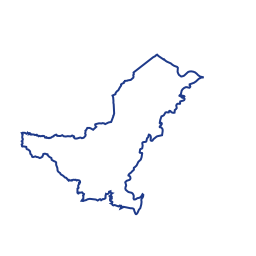 outline of San Martín De Loba, Bolívar, Colombia, rotated 47°
{"feature_id": "7082276B59511587690039", "entity_name": "San Martín De Loba", "entity_type": "district", "adm_level": 2, "iso_a3": "COL", "parent_name": "Colombia", "parent_adm1": "Bolívar", "projection": "orthographic", "projection_center": [-73.999, 8.811], "detail": "fine", "context": "isolated", "style": "outline", "palette": "blue", "viewbox_px": 256, "rotation_deg": 47, "n_neighbors": 0, "source": "geoboundaries", "source_scale": "gbopen_adm2", "svg_char_len": 5895}
<svg xmlns="http://www.w3.org/2000/svg" viewBox="0 0 256 256"><g transform="rotate(47 128 128)"><path d="M60.1,209.5L61.1,209.6L61.7,210.7L63.0,212.0L63.4,212.2L63.9,212.2L64.6,212.7L64.8,213.3L65.2,213.7L65.2,214.6L65.9,214.5L66.2,215.0L67.2,215.4L67.6,216.2L67.5,217.0L67.8,217.2L68.5,217.4L69.0,217.9L69.5,217.9L70.0,217.1L72.4,215.3L74.1,216.4L74.8,216.3L75.9,215.6L77.6,215.5L78.3,215.6L80.3,217.0L81.8,216.9L83.8,217.7L84.5,217.3L85.6,215.1L86.9,214.6L87.8,213.8L89.8,213.0L90.3,211.8L90.6,210.1L90.2,209.6L89.7,208.1L89.3,207.8L89.4,207.4L90.1,206.3L91.1,205.6L91.8,205.5L92.3,204.8L93.6,205.3L95.6,205.2L97.6,204.5L99.3,205.5L101.3,204.9L103.2,204.1L104.1,204.0L106.0,205.7L109.0,206.9L111.2,208.6L112.6,208.8L114.7,208.4L116.0,208.8L118.7,208.0L121.4,207.8L122.4,207.1L123.5,207.3L124.0,207.1L124.8,207.4L125.2,207.2L125.6,206.7L126.1,207.1L126.3,206.6L127.0,206.1L127.5,205.0L128.2,204.9L128.3,203.7L128.9,202.9L129.7,202.3L130.2,201.5L131.3,201.4L131.8,200.3L133.2,199.4L134.3,199.5L135.0,200.1L134.7,201.3L134.9,201.5L135.4,201.1L135.6,201.3L136.0,203.5L136.5,204.1L138.0,204.9L138.1,205.3L137.8,205.7L137.8,206.2L140.8,209.1L141.6,209.2L142.1,209.0L142.2,208.6L141.8,207.8L143.1,206.6L143.4,205.9L143.9,205.4L144.9,205.6L146.3,205.2L146.7,205.8L146.7,206.9L147.2,207.2L147.6,207.3L149.2,208.9L149.2,210.0L149.6,211.6L150.8,210.6L151.0,209.9L152.2,207.7L152.5,206.3L153.7,204.3L158.4,200.3L160.4,199.6L160.7,197.7L161.0,197.0L161.3,196.8L162.5,196.9L162.8,194.9L163.4,194.4L163.9,193.2L163.9,192.2L163.4,191.7L163.1,191.6L162.8,191.1L162.3,190.8L161.2,189.0L161.8,188.8L162.6,187.3L162.4,186.0L161.7,185.3L162.3,183.9L163.3,184.7L164.1,184.6L165.0,184.0L164.8,185.2L165.5,186.2L165.2,188.0L165.6,188.1L166.2,186.6L167.2,186.7L167.6,187.2L168.6,188.0L168.6,188.3L167.6,188.4L167.4,188.8L167.6,189.5L168.4,190.3L169.4,190.6L170.1,190.1L171.4,189.9L171.8,190.3L171.9,190.8L171.6,191.9L172.7,191.5L173.9,191.8L174.7,191.4L175.0,190.6L175.4,190.2L178.8,188.5L178.8,188.1L179.2,187.8L179.3,187.4L179.1,187.0L180.0,186.2L180.2,186.4L180.5,186.1L180.9,186.1L180.9,186.5L181.3,186.3L181.5,186.5L181.4,187.6L181.8,188.4L182.2,187.2L181.9,186.9L182.3,186.3L182.7,185.5L182.4,185.4L182.6,185.0L188.4,180.9L189.7,179.6L190.4,179.2L191.5,179.1L192.9,179.9L195.5,180.9L196.3,181.0L196.7,180.6L196.7,179.6L196.3,178.3L195.2,175.8L195.0,173.7L193.0,170.5L191.3,168.5L189.9,167.5L189.3,166.8L188.9,166.0L188.9,165.0L188.4,163.7L187.3,162.4L186.3,162.5L187.0,164.7L187.0,166.6L186.6,167.6L185.7,169.0L185.5,170.5L185.0,171.7L184.4,172.3L183.4,172.1L181.9,170.4L181.1,169.8L179.2,169.3L177.9,169.5L175.2,171.3L174.3,171.5L171.6,171.8L170.4,171.2L169.4,169.9L169.1,169.0L168.6,168.4L165.8,167.0L165.7,165.0L166.9,162.4L167.0,161.5L166.4,160.4L165.2,159.7L164.4,159.6L163.1,160.1L162.8,159.9L162.4,158.2L162.7,156.2L162.5,154.5L162.6,152.6L162.4,152.0L161.4,151.2L161.1,150.8L161.3,149.6L161.3,147.3L159.8,143.5L159.8,140.2L158.7,138.1L156.2,134.9L155.8,134.8L154.4,136.1L153.8,136.1L151.9,133.7L151.9,133.2L152.5,132.1L152.5,131.4L150.9,129.3L149.2,128.2L148.6,127.5L148.7,126.5L150.0,124.8L150.3,124.1L150.2,123.6L148.5,121.1L148.5,119.3L147.4,118.1L147.1,117.2L147.8,116.8L149.2,116.9L150.4,117.6L152.2,119.7L153.0,119.8L153.7,119.3L153.9,118.6L153.5,117.1L153.8,112.9L154.2,111.9L156.5,108.0L154.1,105.0L153.1,104.0L152.3,103.5L150.8,103.3L150.0,103.5L149.1,104.2L148.8,104.1L148.5,103.6L148.5,101.8L148.1,100.5L147.5,100.1L146.9,100.1L146.4,100.6L146.4,101.4L146.0,101.4L144.1,98.9L142.3,95.6L142.9,94.1L143.1,93.1L142.2,90.0L142.8,89.0L144.0,88.1L144.4,87.5L143.7,86.3L143.8,85.9L144.5,85.4L145.9,85.5L147.0,85.1L148.1,84.2L148.5,83.5L146.8,81.5L146.9,79.8L146.6,78.7L144.5,77.4L144.0,76.4L144.0,75.8L144.2,75.0L145.7,73.6L145.6,73.2L144.6,72.3L144.2,71.6L145.7,68.8L145.9,67.9L145.7,67.3L145.2,66.7L144.4,66.5L143.1,67.5L142.3,67.8L141.5,67.8L141.2,67.4L141.2,67.0L141.6,66.4L143.0,65.6L143.1,65.2L142.8,65.2L140.5,66.8L139.9,68.3L139.5,68.4L139.3,67.9L139.4,66.4L137.3,63.3L136.9,61.7L137.0,59.6L137.6,57.8L138.3,57.1L140.4,55.7L140.5,55.2L140.3,54.3L139.3,53.7L138.6,53.7L138.1,53.1L139.9,49.0L140.3,46.6L140.3,42.7L141.0,40.2L142.6,38.1L139.5,40.2L137.1,40.7L135.3,40.7L133.1,41.0L131.4,41.8L129.6,43.2L128.5,44.7L128.0,46.1L128.0,51.2L127.5,52.6L126.6,54.0L123.9,54.5L122.3,54.1L120.7,53.4L118.0,50.5L116.8,50.4L114.1,51.8L112.0,52.4L110.0,52.6L106.0,54.3L104.4,54.7L102.3,54.8L102.3,55.2L96.2,56.6L94.2,56.7L93.9,58.2L94.0,58.3L94.0,59.2L93.4,61.3L91.2,85.8L91.2,86.1L92.6,87.0L92.9,88.1L94.2,88.9L94.8,89.8L94.7,93.2L93.1,95.6L92.9,96.3L91.4,98.2L91.8,98.8L91.6,99.7L92.2,100.3L91.6,102.0L91.4,103.4L92.3,104.1L92.8,106.4L93.8,109.4L93.6,110.9L93.8,112.5L94.2,113.6L94.7,114.2L93.7,117.2L95.4,117.9L98.3,120.2L99.6,121.5L100.9,122.3L107.9,128.2L109.0,130.0L109.1,130.6L109.6,131.0L110.0,131.9L112.1,136.2L110.7,138.4L109.6,142.0L108.2,142.4L107.0,143.4L106.6,144.3L104.8,146.0L103.3,148.7L103.0,149.4L103.3,149.9L105.0,150.6L105.5,150.5L105.5,154.7L102.9,155.5L101.8,156.0L100.2,157.7L100.9,159.7L100.9,161.0L101.8,161.6L102.9,163.2L104.0,163.5L104.7,164.5L104.9,167.1L104.0,168.7L102.7,169.2L102.2,169.8L101.1,172.1L100.4,173.1L99.6,173.9L97.9,174.1L97.4,173.2L97.2,173.2L95.4,174.0L95.2,175.1L94.8,175.9L92.9,177.6L91.8,179.3L90.3,180.6L88.4,181.0L88.1,182.1L87.6,183.1L85.5,185.1L84.9,185.2L84.2,184.9L83.9,185.0L83.4,186.2L83.1,187.6L83.3,188.2L82.8,189.2L82.5,191.1L82.1,191.6L82.0,192.1L81.4,192.4L81.2,193.0L80.4,193.4L80.1,194.0L79.1,194.0L79.0,194.7L78.5,195.2L76.9,194.8L76.1,195.3L75.7,195.6L75.6,196.1L75.0,196.6L74.4,197.6L73.5,198.0L73.1,199.0L72.3,199.0L71.3,199.8L71.0,199.8L70.9,199.3L70.7,199.3L69.7,200.9L68.6,201.3L67.6,202.2L66.7,203.5L65.9,203.4L65.7,203.7L65.7,203.2L64.8,203.3L64.2,203.8L64.2,204.5L63.6,204.9L63.1,204.8L63.3,205.4L62.9,205.9L62.9,206.2L61.2,206.7L59.6,208.3L59.3,209.0L59.9,209.0L60.1,209.5Z" fill="none" stroke="#1e3a8a" stroke-width="2"/></g></svg>